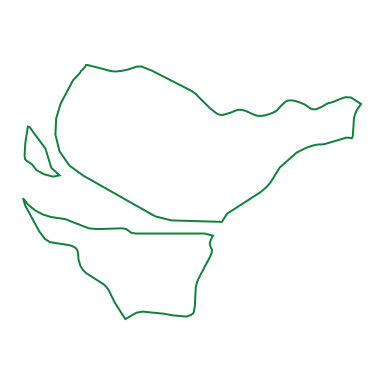 Essequibo Islands-West Demerara, Mercator projection, rotated 270°
{"feature_id": "GUY-678", "entity_name": "Essequibo Islands-West Demerara", "entity_type": "Region", "adm_level": 1, "iso_a3": "GUY", "parent_name": "Guyana", "parent_adm1": "", "projection": "mercator", "projection_center": [-58.442, 6.542], "detail": "fine", "context": "isolated", "style": "outline", "palette": "green", "viewbox_px": 384, "rotation_deg": 270, "n_neighbors": 0, "source": "natural_earth", "source_scale": "10m", "svg_char_len": 1964}
<svg xmlns="http://www.w3.org/2000/svg" viewBox="0 0 384 384"><g transform="rotate(270 192 192)"><path d="M162.1,222.4L163.6,171.5L167.6,155.3L208.2,83.5L218.4,69.5L232.5,59.6L249.4,55.4L265.7,56.2L280.5,60.7L303.5,72.9L311.0,79.9L312.9,81.0L314.1,82.4L317.3,85.1L319.0,86.0L319.1,87.0L314.7,104.5L313.8,107.3L312.8,111.8L312.5,115.4L313.1,121.7L314.5,128.1L317.2,136.1L317.5,138.5L317.5,141.4L313.2,152.2L292.9,191.8L289.7,196.2L289.2,196.7L288.3,197.3L275.5,210.3L270.8,216.3L269.8,217.9L269.2,220.3L269.1,223.1L271.3,230.5L273.8,236.6L274.2,238.9L274.1,241.7L273.1,245.6L269.3,254.0L268.6,256.1L268.1,258.4L268.1,261.5L268.7,265.4L270.8,271.8L272.3,275.0L273.7,277.1L278.3,281.1L282.1,285.3L283.1,286.9L283.6,289.5L283.5,292.9L281.9,299.0L279.5,304.7L276.2,309.5L275.2,311.3L274.7,313.5L274.7,316.0L277.1,321.6L280.1,326.6L280.8,328.5L281.9,332.6L285.7,341.9L286.8,345.8L286.5,350.9L280.1,361.0L273.4,356.6L270.4,355.3L266.1,354.0L249.2,352.9L247.1,352.6L245.8,351.7L246.3,348.3L246.3,346.2L239.9,324.5L239.6,322.1L239.6,319.5L239.2,316.1L238.3,312.2L236.0,305.8L231.4,296.6L216.5,279.8L200.8,270.0L196.8,266.3L192.0,260.7L170.3,227.1L162.2,221.9L162.1,222.4ZM185.8,23.0L179.6,27.8L173.8,34.9L169.6,42.6L167.1,50.5L164.8,65.4L155.7,88.7L154.9,96.9L155.7,122.3L154.9,126.3L151.3,131.1L150.5,135.5L150.5,204.5L148.3,212.9L147.5,212.3L141.5,209.9L139.5,209.9L136.6,210.8L134.7,211.9L131.7,211.8L128.1,210.5L105.2,198.4L101.3,196.9L96.9,195.8L77.6,194.8L72.9,194.0L70.7,193.3L68.9,190.8L67.4,186.5L68.6,173.0L70.2,164.5L72.4,142.6L71.3,136.5L64.9,125.3L81.4,114.8L93.6,108.8L96.5,106.8L99.6,103.8L110.9,86.1L114.1,82.9L118.1,80.4L125.0,78.4L129.7,78.2L133.4,77.5L136.0,75.7L138.0,72.1L138.9,68.8L141.9,49.8L145.1,45.0L152.2,39.5L178.5,25.2L185.8,23.0ZM240.1,25.2L257.4,27.8L257.0,29.5L235.3,45.5L216.1,51.3L208.6,59.6L207.4,53.0L209.7,44.2L213.8,36.5L219.6,32.0L223.2,26.7L224.6,25.2L228.1,24.6L240.1,25.2Z" fill="none" stroke="#15803d" stroke-width="2"/></g></svg>